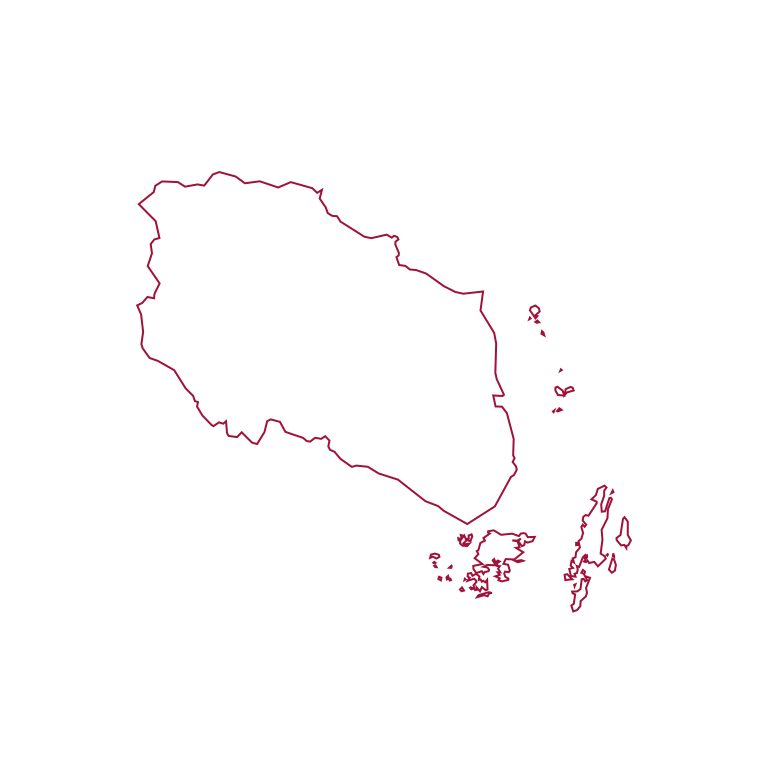 outline of Dam Ha, Quảng Ninh, Vietnam, rotated 322°
{"feature_id": "81297802B85934029741785", "entity_name": "Dam Ha", "entity_type": "district", "adm_level": 2, "iso_a3": "VNM", "parent_name": "Vietnam", "parent_adm1": "Quảng Ninh", "projection": "equal_earth", "projection_center": [107.58, 21.361], "detail": "fine", "context": "isolated", "style": "outline", "palette": "rose", "viewbox_px": 768, "rotation_deg": 322, "n_neighbors": 0, "source": "geoboundaries", "source_scale": "gbopen_adm2", "svg_char_len": 6185}
<svg xmlns="http://www.w3.org/2000/svg" viewBox="0 0 768 768"><g transform="rotate(322 384 384)"><path d="M217.3,203.3L215.8,207.4L215.3,219.2L220.0,226.5L227.2,244.0L225.0,265.4L226.3,275.8L224.5,281.1L226.3,283.7L222.8,286.6L221.5,297.1L222.9,310.3L223.7,312.2L230.3,312.6L232.9,316.3L236.6,316.1L230.1,326.0L229.6,329.3L235.6,335.4L242.1,334.4L243.9,348.9L247.0,353.2L260.2,348.3L269.0,341.4L273.0,342.2L278.7,349.8L276.8,361.0L287.1,376.7L288.0,381.4L290.3,383.9L296.6,384.0L300.8,388.6L305.5,388.9L306.2,395.0L301.7,398.9L300.9,402.6L303.3,406.9L303.6,416.2L307.6,429.5L312.0,431.3L320.3,439.3L324.7,451.2L336.1,467.9L344.5,501.9L351.5,513.5L353.0,520.7L363.4,545.6L396.0,548.7L426.8,535.4L430.5,535.7L435.8,533.3L437.3,530.4L437.4,524.6L441.2,522.9L441.9,519.7L452.4,507.1L462.9,482.6L463.0,474.5L458.1,470.4L463.0,460.3L470.0,466.4L471.9,466.3L475.9,449.4L478.5,443.9L497.3,421.2L502.3,411.5L505.3,385.5L519.0,372.1L502.1,361.7L496.8,355.3L491.5,344.0L485.2,322.9L479.4,313.9L474.9,309.7L473.5,304.0L469.2,299.6L471.9,291.7L474.7,291.7L476.4,289.9L478.9,280.8L480.8,278.9L484.3,279.0L485.0,276.4L483.1,273.3L480.2,273.5L478.1,268.0L463.8,261.3L459.2,255.8L449.7,229.3L450.3,222.9L446.7,219.6L444.9,214.7L446.8,209.0L447.5,198.3L454.6,192.8L449.0,192.2L448.1,185.6L434.8,167.5L421.6,164.0L410.9,147.8L398.0,140.2L394.8,129.1L384.7,115.6L378.2,113.5L364.5,117.0L359.9,111.9L348.7,106.0L345.9,98.0L333.9,87.8L325.9,87.0L320.7,91.0L301.5,91.3L304.3,115.2L296.9,130.7L292.0,128.7L286.3,130.1L281.6,138.2L270.4,145.6L269.1,166.6L258.7,171.6L255.6,174.9L251.1,169.8L243.3,171.3L237.9,170.1L235.4,179.7L226.3,194.6L217.3,203.3ZM380.4,566.9L375.4,564.2L374.5,565.1L375.3,567.0L367.5,566.6L367.1,569.6L362.1,568.6L356.0,573.1L354.2,572.8L353.6,576.2L348.2,577.1L350.7,586.5L342.4,582.3L340.6,584.8L340.3,589.8L345.8,591.7L345.3,594.9L347.5,594.1L351.1,595.9L352.5,595.0L352.6,592.4L349.8,589.2L354.0,590.1L360.5,595.8L361.1,589.9L363.0,589.7L362.1,593.2L365.0,593.2L365.9,595.1L362.7,594.9L361.2,597.1L363.1,598.8L360.2,599.7L359.7,604.1L357.6,602.4L357.7,605.6L353.3,604.1L355.6,608.3L353.4,609.1L355.5,612.2L361.4,614.9L362.2,613.9L360.9,610.5L362.1,607.3L364.0,606.4L366.5,609.1L368.2,608.6L370.5,602.8L367.4,599.3L372.1,596.9L378.7,602.5L390.2,602.3L387.1,594.4L390.3,596.1L392.4,590.3L388.8,586.2L392.6,589.5L396.7,590.1L393.1,590.2L392.8,596.6L395.3,597.3L398.3,594.8L399.5,597.4L404.4,599.3L408.7,597.3L403.0,593.2L403.5,589.1L402.4,587.6L399.7,586.1L396.7,586.9L392.9,580.9L383.4,574.9L380.4,566.9ZM495.6,602.6L495.2,599.9L487.9,598.3L482.6,602.0L476.5,602.6L479.1,607.6L478.2,608.9L464.0,613.7L462.2,611.4L459.2,611.4L456.5,613.9L456.7,619.3L454.2,620.0L453.9,617.2L451.5,618.2L449.2,623.9L444.2,627.5L440.5,627.6L437.7,633.5L431.8,634.8L428.3,638.4L425.3,637.6L423.8,641.6L422.9,638.8L419.3,642.0L419.7,645.3L416.1,643.8L413.1,650.4L416.3,653.7L417.3,650.9L419.7,651.7L422.6,649.3L423.9,646.1L425.2,648.3L433.7,643.1L438.4,642.5L434.0,644.4L438.2,644.4L437.3,645.6L432.3,647.0L433.5,648.7L435.7,648.4L435.4,651.3L440.2,653.7L440.3,659.4L451.2,658.2L451.9,655.8L450.3,651.0L460.3,641.2L465.7,632.9L477.4,627.4L483.3,620.6L492.6,615.2L492.7,613.3L491.3,612.7L479.8,620.4L477.0,618.7L481.0,612.6L488.6,607.7L491.9,603.6L495.6,602.6ZM427.0,663.6L424.1,659.1L423.3,663.7L421.1,663.4L421.3,660.4L419.7,659.5L412.5,666.6L408.6,666.4L404.4,663.4L403.8,665.1L405.1,667.5L398.2,674.1L395.3,673.9L393.1,679.7L396.9,681.0L402.0,679.9L405.3,676.1L412.2,675.7L415.4,673.5L417.7,669.1L427.0,663.6ZM483.1,653.1L491.4,642.5L491.5,637.0L489.2,637.5L477.4,648.6L472.4,648.5L471.2,650.3L471.5,657.2L474.3,658.8L474.0,662.4L475.4,660.7L477.2,661.5L482.3,659.2L483.1,653.1ZM335.6,589.6L336.3,586.7L333.4,585.1L331.4,587.1L332.2,589.5L328.8,590.6L335.1,592.9L335.5,595.3L334.9,596.9L330.6,597.7L328.9,602.6L330.7,603.4L331.8,601.4L332.0,606.4L336.1,604.3L337.2,609.2L339.1,609.6L344.7,601.8L341.7,602.6L341.1,600.2L339.4,600.0L339.8,597.4L338.1,596.7L340.7,594.4L339.7,590.2L335.6,589.6ZM551.3,422.7L552.7,419.6L551.6,415.4L546.9,414.1L544.4,415.7L543.8,425.5L546.7,424.9L545.5,423.0L551.3,422.7ZM349.3,554.0L347.6,551.2L346.5,553.2L347.7,554.6L345.7,556.5L346.4,559.8L349.8,562.9L353.1,562.3L348.5,559.8L348.4,558.4L353.2,558.1L355.4,561.1L359.8,558.4L360.4,556.4L357.4,555.5L355.6,558.0L353.0,556.5L354.0,552.7L349.3,554.0ZM451.0,673.2L455.3,669.4L457.1,664.4L456.4,662.2L447.0,668.7L447.4,673.0L451.0,673.2ZM518.9,504.2L520.7,499.3L519.0,492.9L516.9,492.4L515.1,494.6L514.3,499.7L518.9,504.2ZM530.4,502.9L529.0,501.1L523.9,499.9L519.7,503.9L523.1,503.3L529.5,505.9L530.4,502.9ZM319.5,548.8L316.0,547.4L313.3,549.4L316.1,550.1L318.0,553.9L321.3,554.3L322.1,552.3L319.5,548.8ZM412.1,653.8L411.3,646.7L408.9,645.5L406.2,650.1L412.1,653.8ZM338.3,612.5L328.5,608.6L326.1,609.3L332.9,612.1L335.0,615.1L337.7,613.7L340.4,615.1L338.3,612.5ZM424.9,657.1L426.9,655.6L426.3,653.0L423.3,654.3L424.9,657.1ZM319.9,596.0L320.2,592.3L317.3,592.7L317.6,595.1L319.9,596.0ZM307.9,573.8L310.0,572.0L308.7,569.8L306.8,571.1L307.9,573.8ZM508.0,513.8L507.2,511.1L503.7,511.9L504.1,512.6L508.0,513.8ZM540.2,444.4L541.4,441.4L541.0,439.6L539.0,441.4L540.2,444.4ZM384.8,609.0L383.8,607.4L378.4,604.2L379.7,606.9L384.8,609.0ZM544.2,430.9L544.0,428.4L541.5,428.3L542.0,429.7L544.2,430.9ZM316.4,574.6L314.2,574.8L313.3,576.7L315.6,576.9L316.4,574.6ZM495.9,610.1L498.2,610.5L498.7,608.7L495.9,610.1ZM437.6,630.2L438.4,628.2L437.6,627.5L436.2,629.3L437.6,630.2ZM328.5,600.4L327.2,597.6L326.3,597.5L326.4,599.6L328.5,600.4ZM323.8,570.3L325.3,569.2L325.3,568.7L322.2,568.9L323.8,570.3ZM458.8,662.1L459.4,661.3L460.4,658.6L458.4,660.5L458.8,662.1ZM350.5,552.7L352.6,551.7L351.5,550.3L350.5,552.7ZM314.5,556.7L314.1,555.1L312.8,555.2L313.5,556.9L314.5,556.7ZM409.6,660.8L411.5,659.7L410.3,659.3L409.6,660.8ZM316.0,579.8L316.4,578.4L315.2,578.1L314.8,579.2L316.0,579.8ZM312.7,560.7L312.9,559.1L311.6,558.4L311.6,559.6L312.7,560.7ZM538.4,422.4L539.9,422.6L539.9,421.5L538.4,422.4ZM454.4,656.7L456.3,655.7L454.2,655.8L454.4,656.7ZM500.3,510.6L501.8,509.7L500.2,509.7L500.3,510.6ZM531.0,482.2L532.6,482.4L532.4,481.4L531.0,482.2ZM326.7,588.1L328.0,588.3L327.8,587.3L326.7,588.1Z" fill="none" stroke="#9f1239" stroke-width="2"/></g></svg>